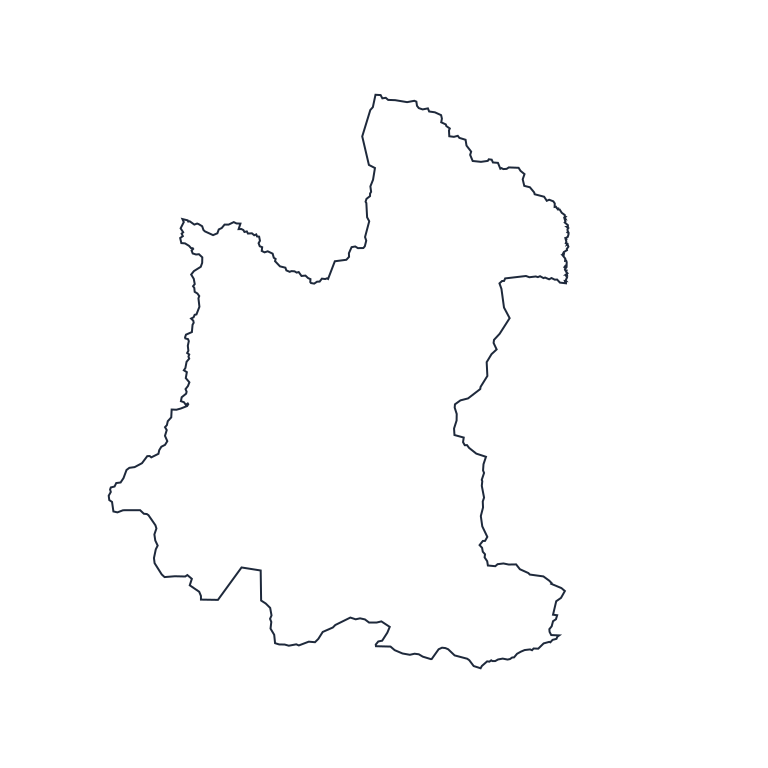 the district of Sunyani West, Brong Ahafo, Ghana, rotated 287°
{"feature_id": "2480657B93462158202754", "entity_name": "Sunyani West", "entity_type": "district", "adm_level": 2, "iso_a3": "GHA", "parent_name": "Ghana", "parent_adm1": "Brong Ahafo", "projection": "orthographic", "projection_center": [-2.305, 7.424], "detail": "fine", "context": "isolated", "style": "outline", "palette": "slate", "viewbox_px": 768, "rotation_deg": 287, "n_neighbors": 0, "source": "geoboundaries", "source_scale": "gbopen_adm2", "svg_char_len": 6166}
<svg xmlns="http://www.w3.org/2000/svg" viewBox="0 0 768 768"><g transform="rotate(287 384 384)"><path d="M482.8,143.0L480.3,145.2L473.4,144.0L470.4,147.6L468.6,146.5L466.6,148.4L464.0,146.4L459.5,149.0L460.3,152.6L459.1,157.2L457.5,159.8L457.9,161.4L457.4,162.0L455.3,161.0L452.9,162.9L452.9,166.4L454.0,169.1L452.0,173.2L446.7,174.7L442.5,174.5L436.4,169.2L432.3,167.6L429.0,171.3L424.2,173.8L421.7,172.8L420.4,174.5L416.8,176.0L416.0,179.1L414.1,181.6L411.7,181.5L403.9,184.9L395.7,184.3L394.8,182.7L392.1,182.4L390.2,180.4L388.8,183.1L386.9,184.1L384.7,183.6L377.5,185.1L373.3,180.2L370.4,180.1L369.5,180.7L369.6,183.5L367.9,184.8L363.2,185.2L358.6,187.2L356.1,186.7L355.3,189.1L353.0,189.0L351.3,190.3L347.5,188.7L341.2,189.4L338.6,188.6L337.7,192.0L331.7,192.7L328.7,197.4L324.7,197.1L321.1,195.7L318.9,197.5L316.9,197.6L312.2,194.4L308.2,194.8L308.1,198.0L306.2,200.5L308.0,202.0L307.4,202.7L305.4,202.2L301.1,196.8L298.7,193.0L297.5,188.4L289.9,190.3L285.2,188.1L281.2,188.4L278.7,187.2L276.4,189.7L270.4,189.7L266.0,193.5L261.8,192.4L258.9,189.4L255.0,188.4L251.3,188.7L245.8,182.9L246.6,181.0L245.8,178.7L237.5,175.7L231.6,169.8L229.4,165.0L226.5,162.9L217.8,162.4L212.8,160.9L211.0,156.9L207.2,156.3L205.2,153.0L203.0,152.9L200.9,154.3L196.7,153.4L192.7,155.2L191.7,158.4L183.0,162.5L183.3,166.6L187.0,171.4L192.0,187.7L189.7,192.3L190.3,195.2L189.7,197.1L182.1,206.7L179.3,208.6L173.0,208.4L167.5,211.0L163.3,214.8L159.2,214.1L150.3,214.9L145.6,217.0L136.9,227.1L135.2,230.6L139.0,240.2L141.8,250.2L143.8,251.8L141.5,257.2L134.7,257.1L131.3,268.0L127.8,270.9L124.3,272.0L129.0,288.3L166.9,301.4L169.6,320.6L141.0,329.8L139.5,335.1L136.6,340.6L129.8,344.1L126.1,343.7L123.5,345.8L116.9,347.0L112.1,352.3L104.3,355.6L104.3,359.9L105.8,365.2L105.9,369.5L109.4,376.2L109.1,379.0L115.6,387.4L116.9,393.5L121.0,395.7L129.0,397.9L136.2,406.3L139.3,407.9L150.8,420.1L150.7,425.7L152.9,429.6L153.3,434.6L151.5,439.5L153.8,446.8L156.2,450.9L153.4,460.5L147.2,459.9L138.0,457.3L136.1,453.8L132.4,452.3L130.9,453.0L134.8,467.0L132.6,472.0L131.7,480.5L132.6,487.9L135.0,492.1L135.7,496.3L134.6,500.8L134.6,509.2L134.9,510.0L146.3,513.8L148.8,516.6L149.4,519.9L149.1,522.9L145.1,530.9L145.6,543.9L144.8,546.3L140.5,552.2L140.4,559.5L142.9,560.0L148.9,563.7L149.3,566.0L151.1,567.3L150.7,568.6L151.6,571.4L153.9,573.6L156.1,577.8L156.6,582.7L157.8,584.9L159.9,586.5L160.6,588.3L164.9,590.1L168.1,593.2L170.7,596.3L172.9,601.3L172.7,603.4L174.8,604.4L176.0,608.9L182.6,612.5L185.7,617.4L185.6,618.6L188.6,620.0L190.7,623.4L193.1,623.7L194.8,625.0L192.8,617.3L195.4,614.8L197.9,613.8L201.3,615.2L206.6,615.0L209.3,617.2L213.5,617.2L212.8,613.1L226.6,612.2L231.2,615.8L238.9,617.5L240.7,613.3L241.8,602.3L242.6,602.5L244.2,599.6L246.6,592.7L244.4,579.1L245.4,577.4L246.6,568.1L250.1,563.1L247.8,556.0L247.3,550.7L244.9,545.3L242.3,543.7L240.8,536.4L244.7,534.5L247.6,530.9L250.7,530.4L252.5,527.5L256.0,525.7L257.9,522.5L262.8,524.4L263.5,526.5L268.0,527.5L276.6,519.6L286.0,515.2L294.9,514.8L300.5,512.8L304.6,512.9L315.2,507.3L319.8,506.4L320.9,505.5L328.2,505.7L330.3,504.0L336.4,502.6L344.2,502.8L344.4,492.6L347.8,484.0L349.8,481.3L349.1,479.1L351.5,476.6L356.1,475.9L355.8,466.3L361.9,464.0L370.3,464.1L376.6,462.3L382.1,458.5L385.3,457.8L390.7,461.9L394.8,468.6L407.3,477.5L409.5,477.2L421.9,480.5L434.9,475.8L444.0,478.1L450.0,481.6L455.3,476.8L458.4,476.3L465.8,479.9L483.7,484.9L492.2,476.4L509.3,468.5L514.0,465.0L517.0,466.8L517.7,468.7L520.4,469.0L528.8,488.2L528.6,491.8L531.2,497.7L531.2,499.9L532.7,501.7L531.9,505.6L532.9,506.9L532.4,511.3L534.3,513.2L533.7,516.8L534.5,519.0L532.4,522.6L533.5,528.6L535.0,528.1L534.3,527.6L535.4,526.8L535.7,528.1L536.1,527.4L539.4,527.9L540.6,526.6L541.1,527.5L541.9,527.0L541.6,525.8L543.5,527.1L544.6,525.3L545.9,525.4L545.7,524.1L546.7,523.4L548.4,524.1L548.6,522.4L550.3,523.0L550.3,524.1L553.9,523.1L555.2,522.2L554.7,521.2L556.9,520.7L559.3,517.2L559.5,518.2L561.0,518.0L560.6,517.0L562.8,517.4L565.5,519.9L566.6,519.3L569.2,520.2L571.2,518.7L570.7,518.2L571.8,518.3L571.8,516.7L573.3,516.8L576.2,515.0L576.2,515.8L577.0,515.3L578.4,516.7L580.9,516.7L582.4,516.4L582.6,515.3L583.8,516.2L583.3,515.2L585.6,514.2L587.0,514.7L587.7,512.9L588.1,513.9L589.7,513.4L591.3,509.6L592.4,510.0L594.9,508.3L594.9,509.3L596.1,508.0L597.1,508.8L597.3,507.8L598.5,507.4L599.7,503.9L602.2,501.0L601.8,499.4L602.8,499.2L602.5,498.0L603.8,496.6L603.2,495.4L606.6,494.5L608.2,492.5L608.5,488.1L606.8,486.1L609.9,482.4L609.5,472.6L611.1,471.6L614.8,466.0L614.5,460.2L620.3,456.8L625.8,457.0L627.7,452.3L630.1,449.5L627.6,440.0L625.6,438.4L624.4,435.2L624.8,433.2L623.9,432.3L628.8,428.3L627.7,423.4L630.0,421.4L629.5,418.5L627.7,418.0L624.8,411.8L623.2,403.6L628.3,399.4L631.7,399.4L636.1,393.2L641.4,390.6L641.4,384.1L642.9,382.0L640.8,378.6L640.0,374.0L645.5,372.0L647.6,372.2L648.8,368.3L650.3,367.2L651.0,362.2L654.7,361.8L657.8,360.0L658.7,353.2L657.8,347.5L660.4,345.4L657.9,340.7L658.0,336.6L659.7,334.2L663.5,332.4L663.7,330.2L660.3,323.7L658.7,311.7L656.9,304.9L658.2,302.0L656.7,298.9L659.3,296.3L658.1,291.3L645.5,292.4L642.0,290.8L614.4,290.8L589.1,305.5L587.9,312.2L576.1,313.8L569.0,313.2L564.0,315.5L562.1,315.0L559.6,315.7L555.9,313.1L552.9,313.1L551.9,314.2L538.5,319.1L535.3,322.3L519.0,322.9L515.9,325.1L510.1,325.4L508.0,324.5L506.3,319.3L507.1,316.3L505.4,313.0L498.8,312.2L495.4,313.4L491.8,311.7L487.0,301.1L468.1,299.8L468.4,298.6L467.2,297.1L466.6,293.8L463.1,292.5L462.3,290.1L459.6,287.9L459.2,284.7L459.9,283.7L462.8,283.0L463.1,280.4L464.7,277.2L463.2,273.5L466.1,269.7L465.0,267.9L465.6,265.5L464.9,262.5L463.7,261.0L464.1,257.4L466.4,255.7L466.1,250.1L469.6,243.9L471.9,243.8L472.5,241.7L476.1,239.4L476.9,234.0L475.0,231.3L475.5,228.2L479.2,227.5L479.4,224.9L482.0,222.9L484.7,223.5L488.4,221.5L488.0,219.4L489.7,218.1L488.3,216.4L489.5,213.6L488.1,209.9L489.8,208.2L488.6,206.1L490.1,204.5L490.5,202.3L489.6,199.7L495.4,199.8L494.4,196.0L494.9,193.0L491.0,188.8L489.8,184.9L485.7,183.2L483.5,180.8L479.4,180.6L476.4,177.0L477.6,168.1L478.5,166.3L481.7,164.0L482.7,160.0L482.8,158.4L481.0,156.0L482.8,150.6L482.1,149.3L483.1,148.4L482.8,143.0Z" fill="none" stroke="#1e293b" stroke-width="2"/></g></svg>